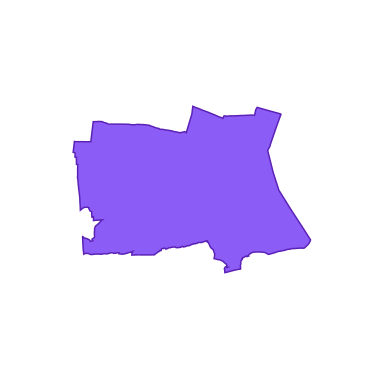 Dersca, Botosani, Romania, rotated 129°
{"feature_id": "2599482B84441476848712", "entity_name": "Dersca", "entity_type": "district", "adm_level": 2, "iso_a3": "ROU", "parent_name": "Romania", "parent_adm1": "Botosani", "projection": "robinson", "projection_center": [26.235, 47.983], "detail": "fine", "context": "isolated", "style": "filled", "palette": "violet", "viewbox_px": 384, "rotation_deg": 129, "n_neighbors": 0, "source": "geoboundaries", "source_scale": "gbopen_adm2", "svg_char_len": 5992}
<svg xmlns="http://www.w3.org/2000/svg" viewBox="0 0 384 384"><g transform="rotate(129 192 192)"><path d="M308.4,237.0L307.6,236.7L306.4,235.7L305.0,233.8L304.5,231.8L303.6,230.4L301.4,228.4L299.7,226.4L298.1,224.3L297.5,223.3L295.6,221.8L294.6,220.7L294.0,219.5L293.1,218.8L292.3,218.1L291.7,217.6L290.8,217.2L290.5,216.9L290.1,216.6L289.7,216.1L289.1,215.2L289.1,214.5L288.6,214.0L288.3,213.6L287.3,212.4L286.5,212.1L285.9,211.5L285.7,211.2L285.5,210.7L285.2,210.3L286.0,209.9L285.0,208.5L284.8,207.8L284.4,207.1L282.9,206.0L282.3,205.1L281.0,204.5L280.1,203.9L280.0,203.6L278.4,202.7L277.7,201.9L276.0,200.9L275.5,200.6L276.5,200.5L277.1,200.3L277.6,200.0L278.9,199.1L275.0,194.6L268.3,186.2L264.3,181.5L263.5,181.7L263.0,181.4L261.6,181.2L260.7,180.7L260.0,180.7L259.3,180.3L259.0,180.1L258.5,180.2L258.0,180.2L257.7,180.1L257.4,179.8L257.3,179.5L257.3,179.2L257.1,179.1L256.7,179.2L255.7,179.8L255.3,179.8L254.9,179.8L254.4,179.3L254.1,178.7L253.0,178.3L252.8,177.7L252.7,177.3L252.9,176.7L252.8,176.3L252.0,175.9L251.2,175.3L250.0,174.9L249.3,174.3L249.0,173.8L248.1,173.3L246.8,172.1L246.4,171.7L245.8,171.0L245.4,170.7L245.4,169.9L245.1,169.4L244.7,168.4L244.2,168.1L243.7,167.5L243.1,167.1L242.9,166.7L242.6,166.5L242.3,166.2L241.9,166.2L241.5,165.7L240.9,165.3L240.7,165.3L240.2,165.2L240.0,164.3L240.0,163.9L239.6,163.7L238.1,162.4L237.9,162.3L237.3,162.3L236.9,162.1L236.7,162.0L236.6,161.6L235.9,160.8L235.8,160.6L235.2,160.4L235.0,160.1L234.6,159.9L234.0,159.8L233.7,159.5L232.9,159.2L232.4,158.8L232.1,158.7L231.5,158.0L230.7,157.9L230.2,156.9L230.0,156.7L229.7,156.6L229.1,156.1L228.8,155.8L228.5,155.7L227.9,155.7L227.3,155.2L227.0,154.8L226.5,154.4L225.5,153.1L224.7,152.3L223.0,151.5L222.4,150.9L221.6,150.5L221.2,150.4L221.3,150.0L221.0,149.8L220.4,149.5L220.3,149.3L220.3,149.1L220.5,148.9L220.8,148.7L221.0,148.7L221.3,148.5L221.2,148.2L221.0,147.7L221.1,147.3L221.4,146.8L221.9,145.6L223.2,143.1L223.5,142.0L223.5,140.3L223.4,139.4L224.7,137.3L225.6,135.8L226.0,135.2L226.3,135.0L226.9,134.7L227.8,134.1L229.9,132.9L229.2,131.6L228.3,129.4L228.0,128.9L227.7,128.6L227.3,127.8L227.2,127.3L226.4,124.9L226.4,124.2L226.6,121.9L226.5,121.0L226.6,119.9L227.0,119.1L227.3,118.6L228.2,117.5L228.2,117.3L228.0,116.9L228.7,117.3L228.7,118.5L228.9,118.7L229.1,118.9L229.8,118.9L230.6,118.7L231.1,118.6L231.6,118.3L231.9,117.6L233.5,116.2L234.0,115.7L233.5,115.2L228.6,111.7L224.4,108.5L222.4,106.8L221.4,105.8L221.1,105.9L219.9,106.9L219.5,107.3L219.2,107.8L219.0,108.0L218.1,108.4L217.0,108.9L216.6,109.2L215.8,109.9L214.4,110.7L213.7,110.7L213.3,110.5L212.9,110.5L212.3,110.9L212.2,111.3L211.8,111.2L210.7,111.0L210.6,110.8L210.6,110.7L210.2,110.5L209.5,110.6L209.3,110.5L209.2,110.3L208.2,109.8L207.2,109.0L207.3,108.9L206.9,108.7L206.7,108.5L206.8,108.5L207.1,108.3L206.3,107.9L206.1,107.6L205.4,108.2L204.8,108.3L204.2,108.3L203.3,108.0L202.5,107.6L201.6,107.5L199.4,105.7L196.9,102.8L196.1,101.7L195.2,100.5L193.4,97.8L193.0,96.6L192.8,95.2L192.4,93.5L192.1,93.0L191.7,92.7L190.5,91.9L187.0,89.4L184.4,87.9L183.2,86.9L182.3,86.0L179.1,83.4L178.2,82.7L176.0,81.3L175.0,80.1L174.2,79.4L173.6,79.0L173.0,78.6L172.3,77.7L170.9,76.2L167.5,72.6L165.9,70.5L165.3,69.8L164.8,69.5L164.2,69.3L160.4,68.8L158.1,68.8L156.1,69.2L154.6,69.7L150.5,82.0L143.2,104.6L135.9,125.7L125.6,141.4L112.1,159.3L107.5,160.2L105.0,161.3L87.7,167.6L75.6,171.8L75.8,172.9L76.0,173.3L80.7,184.0L80.8,184.2L80.8,184.4L80.9,184.5L81.2,185.2L81.8,186.6L84.6,193.1L85.2,194.6L87.1,194.4L88.6,193.9L92.9,191.7L95.0,194.5L98.2,198.0L100.1,200.1L101.3,201.6L105.5,206.2L108.8,210.2L111.3,212.9L111.6,212.9L112.2,214.5L112.4,214.7L112.8,215.0L114.5,214.6L114.9,214.4L115.3,214.3L115.6,215.7L116.8,218.9L117.9,223.3L118.4,224.6L119.9,229.8L120.7,232.1L121.4,234.1L123.3,240.4L124.1,242.5L124.9,245.3L131.1,241.4L132.1,240.9L149.3,233.9L149.2,234.2L149.2,234.4L149.7,235.0L149.7,235.6L149.9,235.7L150.1,236.0L150.8,236.3L151.3,236.9L151.8,237.4L153.1,238.1L153.5,238.4L153.5,238.8L154.4,240.4L154.6,241.0L155.1,241.7L155.6,242.7L156.0,243.3L156.6,244.5L157.0,245.8L158.1,247.6L158.6,248.7L159.8,250.7L160.2,251.2L161.8,254.2L162.6,255.4L163.1,255.9L163.4,256.3L163.5,256.7L163.4,257.4L163.4,257.6L163.8,258.4L164.3,259.2L165.0,260.9L165.7,263.2L166.2,264.4L166.5,265.3L166.9,266.6L167.1,267.4L167.9,268.5L169.0,270.4L169.6,271.2L171.0,273.3L172.2,274.7L172.5,275.3L173.4,276.5L174.8,278.0L175.8,278.8L176.4,279.6L176.8,280.0L177.2,280.7L178.0,281.7L178.7,283.0L179.4,284.0L179.6,284.5L180.9,285.9L181.9,287.3L182.9,288.6L183.5,289.4L184.9,291.0L185.7,292.2L187.4,294.2L187.7,294.4L188.2,295.1L188.5,295.6L189.6,296.8L189.8,297.2L190.4,297.9L191.1,298.6L191.5,299.2L191.8,299.7L192.1,300.6L192.2,301.4L192.2,301.7L193.0,303.2L193.6,304.9L193.7,305.8L193.9,306.2L195.7,308.7L197.2,310.3L198.4,311.7L199.5,313.0L216.6,302.3L219.0,305.2L222.4,309.5L224.5,312.1L226.2,314.2L226.7,315.2L236.0,309.3L235.4,308.2L235.2,307.6L235.4,307.2L236.1,306.8L238.4,305.0L238.6,304.8L238.5,304.5L237.8,303.7L243.3,299.1L242.5,298.1L247.1,294.6L250.8,291.5L252.2,290.6L253.2,289.7L253.6,289.4L254.0,288.7L254.4,288.3L256.3,286.5L261.4,281.5L262.6,280.1L263.9,278.9L265.9,276.8L268.4,274.4L270.1,273.0L272.1,271.1L276.4,267.3L273.7,266.8L272.3,266.3L270.9,265.3L269.5,263.5L269.1,262.4L269.5,262.3L270.9,259.4L270.6,258.0L270.6,257.5L270.9,257.1L271.8,256.4L272.6,255.8L272.7,255.6L272.9,255.3L273.7,254.8L273.9,254.5L274.4,254.1L273.8,253.6L274.0,253.5L273.3,253.0L276.2,250.6L275.7,250.2L273.9,248.2L273.0,247.3L271.9,246.1L270.1,244.2L271.3,244.5L275.0,244.7L276.8,245.0L278.6,245.4L279.0,245.5L279.7,245.4L281.4,244.8L281.9,244.6L282.4,244.1L285.3,242.1L287.9,239.8L288.4,239.4L288.7,239.3L289.0,239.3L291.5,240.0L291.8,239.8L292.1,239.3L292.1,239.0L292.3,238.4L294.3,239.9L293.8,241.0L293.8,241.9L293.8,242.2L294.1,243.0L294.2,243.7L294.5,244.6L294.9,245.3L295.0,245.9L295.3,246.4L295.6,246.9L295.3,248.9L295.4,249.0L295.7,248.8L301.4,243.8L305.1,240.4L308.4,237.0Z" fill="#8b5cf6" stroke="#5b21b6" stroke-width="1.5"/></g></svg>